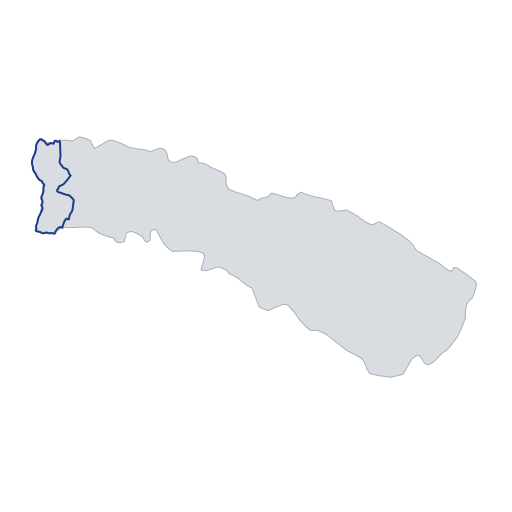 Mechi highlighted on a map of Nepal, rotated 177°
{"feature_id": "NPL-1135", "entity_name": "Mechi", "entity_type": "Administrative Zone", "adm_level": 1, "iso_a3": "NPL", "parent_name": "Nepal", "parent_adm1": "", "projection": "orthographic", "projection_center": [87.832, 27.137], "detail": "fine", "context": "in_parent", "style": "outline", "palette": "blue", "viewbox_px": 512, "rotation_deg": 177, "n_neighbors": 0, "source": "natural_earth", "source_scale": "10m", "svg_char_len": 4644}
<svg xmlns="http://www.w3.org/2000/svg" viewBox="0 0 512 512"><g transform="rotate(177 256 256)"><path d="M471.4,291.1L473.7,292.8L473.9,295.5L473.5,298.6L471.2,305.2L469.2,309.8L466.8,319.6L464.7,336.5L465.1,339.5L471.6,349.2L474.2,356.7L474.5,361.8L471.7,370.3L468.6,380.0L467.1,382.1L465.3,382.9L457.2,379.6L451.7,380.0L445.3,381.9L438.7,381.5L433.2,380.4L426.2,384.2L419.5,382.1L415.3,379.7L412.5,373.0L411.3,372.1L397.2,379.0L393.8,379.4L385.1,375.6L378.1,371.8L375.4,370.6L368.5,369.1L362.4,368.1L355.7,365.7L347.3,368.6L343.9,368.3L340.8,366.1L339.2,361.6L338.9,357.3L336.1,354.3L331.7,353.6L325.5,356.1L316.4,359.4L313.5,358.8L310.9,357.7L309.9,356.8L308.8,352.7L307.3,351.8L305.3,351.6L301.6,350.6L297.1,347.5L283.4,340.1L281.8,337.0L282.0,330.0L281.3,327.2L279.7,324.1L272.7,320.9L259.1,315.6L251.7,311.4L248.0,313.2L241.0,314.6L237.1,318.0L232.7,316.7L222.1,312.7L216.4,311.9L212.9,313.1L212.1,315.2L207.6,317.4L203.6,315.3L195.5,312.4L188.4,310.7L177.6,307.1L176.6,302.3L175.0,297.5L172.4,296.5L162.7,297.1L154.0,291.5L144.8,284.3L140.8,282.0L138.2,281.0L135.8,281.8L133.1,283.2L130.7,283.6L125.7,280.4L119.3,276.0L111.4,270.6L102.3,263.0L98.7,258.9L97.1,255.8L95.2,252.9L87.2,247.8L81.0,243.8L73.4,239.0L72.1,238.1L69.3,235.3L65.0,231.7L61.3,230.6L60.0,232.3L59.0,234.1L55.8,233.5L51.0,229.9L45.9,226.0L42.0,222.5L38.0,219.0L37.1,216.4L39.4,208.9L42.3,202.5L44.5,201.2L48.1,197.1L49.8,189.5L50.2,183.0L54.1,174.1L59.2,164.6L67.7,154.7L71.3,151.4L75.3,149.3L82.9,142.0L84.5,140.8L87.8,139.0L90.9,138.7L93.2,139.8L95.3,143.9L98.0,147.9L101.6,147.9L105.9,144.8L115.4,130.2L127.4,127.8L138.6,129.9L148.5,132.5L151.2,137.7L152.8,143.1L154.0,145.8L157.1,149.1L170.9,157.3L178.8,164.4L189.8,174.0L198.1,178.4L205.7,179.0L209.8,182.7L215.9,190.1L221.1,198.4L227.6,206.2L232.3,206.1L238.8,203.9L246.7,200.9L251.3,202.7L255.5,204.9L256.8,208.8L259.1,216.3L261.8,224.1L266.2,226.9L271.4,231.0L274.3,234.2L284.1,240.2L285.5,242.6L287.4,244.3L289.9,245.3L291.9,246.6L295.0,247.0L306.7,243.9L309.8,244.4L311.5,245.0L311.5,246.3L309.3,251.6L307.4,258.5L309.1,262.0L314.0,263.6L324.7,264.8L339.3,265.0L343.6,268.6L347.9,273.9L352.2,283.0L353.9,286.8L356.1,287.9L359.9,286.5L360.6,282.8L360.9,277.3L364.1,275.4L366.1,276.9L368.4,281.2L374.4,285.1L378.7,287.1L382.9,286.4L384.6,285.0L386.7,277.5L390.0,276.4L394.2,277.0L395.7,278.5L397.4,281.5L402.4,282.9L407.3,284.9L412.0,287.4L418.6,293.0L426.8,294.0L436.2,294.0L441.2,294.1L444.9,294.5L448.1,294.1L457.9,290.1L461.8,289.8L466.7,290.3L471.4,291.1Z" fill="#d9dde1" stroke="#a8b0b8" stroke-width="1"/><path d="M456.5,288.8L457.6,289.4L461.9,289.6L462.5,289.8L463.6,290.3L464.3,290.5L465.0,290.3L466.4,289.8L467.1,289.7L468.3,290.1L470.7,291.4L471.9,291.7L473.3,292.0L474.0,292.3L474.4,292.6L474.6,293.4L473.9,294.5L474.2,297.0L473.6,298.6L472.8,300.2L471.5,305.3L468.2,311.2L466.8,314.3L466.7,314.9L466.8,315.5L467.0,316.7L467.2,317.0L467.7,317.5L467.8,317.8L467.6,318.3L467.4,318.7L467.1,319.0L466.9,319.4L466.4,320.8L466.3,321.5L466.4,322.3L466.6,323.0L467.3,324.2L467.4,324.9L467.1,326.4L465.8,329.4L464.9,331.3L464.7,335.7L463.9,337.5L463.8,338.0L463.9,338.5L464.2,338.9L465.0,339.8L466.0,342.0L467.0,342.6L467.9,343.0L468.6,343.7L469.8,345.3L470.9,347.3L471.7,349.5L472.2,350.4L473.4,352.3L473.9,353.3L474.1,354.3L474.3,357.0L474.8,359.4L474.9,360.6L474.8,361.8L474.6,363.0L473.6,365.7L471.2,370.6L470.4,373.2L470.0,374.6L469.9,375.2L470.1,376.0L469.7,378.5L468.0,381.5L465.9,383.7L464.2,383.9L463.4,383.1L461.7,382.1L460.9,381.3L460.5,380.7L460.2,379.7L459.9,379.2L458.4,378.1L458.4,377.9L457.4,378.1L455.7,379.5L454.8,379.5L453.7,379.0L452.8,378.7L452.1,378.9L451.7,380.3L451.3,381.2L450.5,381.6L449.6,381.5L448.9,380.8L448.0,380.3L446.8,380.8L446.2,381.2L445.9,380.4L445.8,379.4L446.0,366.0L447.2,360.8L447.1,359.8L447.1,359.4L446.2,357.7L443.5,354.0L443.4,353.9L441.3,353.1L440.3,352.5L439.8,352.0L439.4,351.3L438.2,347.7L437.0,346.0L438.0,344.9L440.6,341.7L443.7,338.5L445.1,337.4L445.8,337.1L448.2,336.2L448.7,335.9L449.1,335.6L449.4,335.1L449.6,334.6L449.7,334.0L449.9,333.5L450.8,332.8L451.1,332.4L451.2,332.0L451.2,331.6L451.1,331.2L450.9,330.8L450.1,330.2L447.7,329.3L442.4,327.1L440.0,326.6L439.4,326.3L439.0,326.0L435.7,322.4L435.4,321.8L435.2,321.1L435.2,320.2L435.4,319.1L435.8,317.5L436.4,313.9L437.0,311.4L437.4,310.4L438.0,309.4L439.1,308.0L439.7,306.9L440.3,305.2L440.8,303.0L441.0,302.5L441.5,302.4L441.8,302.5L442.2,302.7L442.6,303.0L443.0,303.2L443.4,303.2L443.9,302.8L444.5,302.1L445.4,300.8L446.6,298.3L447.9,294.6L449.1,295.1L450.6,295.0L452.2,294.2L453.4,293.0L454.5,291.5L455.3,289.8L456.0,288.9L456.5,288.8Z" fill="none" stroke="#1e3a8a" stroke-width="2"/></g></svg>